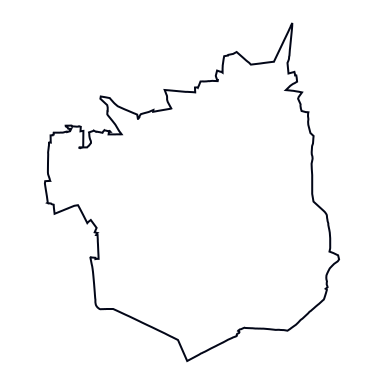 outline of Apaseo el Alto, Guanajuato, Mexico
{"feature_id": "50627088B77789788594664", "entity_name": "Apaseo el Alto", "entity_type": "district", "adm_level": 2, "iso_a3": "MEX", "parent_name": "Mexico", "parent_adm1": "Guanajuato", "projection": "orthographic", "projection_center": [-100.583, 20.433], "detail": "fine", "context": "isolated", "style": "outline", "palette": "ink", "viewbox_px": 384, "rotation_deg": 0, "n_neighbors": 0, "source": "geoboundaries", "source_scale": "gbopen_adm2", "svg_char_len": 5775}
<svg xmlns="http://www.w3.org/2000/svg" viewBox="0 0 384 384"><path d="M51.6,204.1L52.5,204.4L53.7,204.7L53.9,207.8L54.6,213.8L68.6,208.1L74.3,205.8L78.0,205.2L79.4,207.7L83.0,214.6L86.6,221.7L87.3,223.1L87.9,222.4L88.5,221.8L90.8,220.0L96.6,227.9L95.7,229.9L94.7,232.3L97.5,233.0L97.3,233.2L96.7,234.2L96.2,235.0L97.6,235.1L97.6,236.1L97.8,239.6L97.8,241.2L98.0,244.6L98.3,251.7L98.5,255.7L98.6,258.9L96.6,258.9L96.0,259.0L95.4,259.1L95.4,257.8L91.8,257.5L90.8,257.2L90.4,257.6L91.7,264.2L92.2,266.3L92.6,268.9L93.0,272.0L93.4,276.1L94.1,284.0L94.8,292.9L94.9,294.4L95.2,298.2L95.4,299.6L95.4,302.3L95.5,302.9L95.8,304.6L96.1,305.4L96.7,306.4L97.6,307.5L99.0,308.6L99.6,309.0L100.3,309.2L107.3,309.0L113.2,309.0L117.6,311.0L125.3,314.6L129.5,316.5L139.5,321.3L141.7,322.4L148.0,325.4L151.9,327.2L158.5,330.4L164.8,333.4L167.7,334.9L170.3,336.2L171.1,336.6L171.6,336.8L175.0,338.5L178.0,340.0L187.2,361.0L199.2,354.6L201.1,353.4L201.8,353.2L202.9,352.6L205.1,351.6L207.0,350.6L211.1,348.4L216.0,346.0L217.5,345.2L224.3,341.8L228.1,339.7L232.0,338.0L232.9,337.5L235.4,336.6L235.7,336.6L236.2,336.2L236.9,335.7L236.7,335.1L237.0,334.1L237.4,333.7L238.1,333.5L239.1,332.9L239.4,332.4L239.4,331.9L239.1,331.5L238.1,330.9L238.4,330.5L239.0,330.1L239.9,329.4L241.1,329.2L242.8,328.4L244.5,327.7L245.0,327.9L245.9,328.0L253.0,328.3L255.0,328.5L259.2,328.6L263.8,328.7L269.6,329.2L274.1,329.7L275.5,329.9L278.2,329.8L279.0,329.8L280.0,329.9L280.9,330.0L281.4,330.0L283.9,330.1L285.2,330.3L287.5,330.7L290.5,328.7L290.8,328.4L294.0,326.1L295.9,324.8L298.2,322.6L299.4,321.3L300.6,320.0L301.5,319.3L302.4,318.7L308.1,313.4L309.6,311.7L310.6,311.1L311.5,310.3L312.4,309.5L313.7,308.4L315.7,306.6L318.2,304.5L318.4,304.4L319.0,303.9L321.3,301.8L322.8,300.4L323.7,299.7L324.2,298.7L325.2,295.6L326.0,293.0L326.9,289.8L326.7,289.4L325.7,288.8L327.6,287.2L327.3,286.1L326.7,284.4L326.8,282.3L327.0,281.6L326.4,279.2L326.3,277.6L326.4,276.4L326.4,276.0L326.5,275.3L327.3,273.3L328.5,270.8L329.1,269.7L329.7,268.5L330.4,267.7L332.3,265.7L334.2,263.8L337.8,261.3L339.1,259.4L338.1,255.3L337.8,255.2L334.5,253.6L333.5,253.1L329.5,251.6L330.2,248.2L330.2,238.3L329.8,232.7L329.3,229.8L328.8,227.4L328.3,224.9L328.3,223.4L327.6,221.1L327.4,219.5L327.1,218.0L326.9,215.7L326.7,214.8L326.2,213.9L325.0,212.2L323.7,210.9L313.5,201.6L312.2,193.9L312.2,175.1L311.8,169.0L311.6,163.7L312.5,159.3L312.6,158.4L312.4,156.4L311.8,154.4L311.7,152.2L312.1,146.1L313.0,143.5L313.3,139.5L313.3,139.0L313.6,136.0L310.4,133.0L309.3,128.7L308.3,124.8L308.1,121.8L308.4,119.1L308.0,116.1L308.1,113.5L308.4,112.3L306.8,112.1L306.2,112.2L301.6,111.0L300.8,108.3L300.8,107.7L300.6,106.9L300.5,105.8L300.5,104.9L300.6,104.3L298.1,98.8L298.7,97.0L302.0,92.4L298.6,91.7L296.6,91.4L293.2,90.8L291.8,90.7L290.2,90.5L285.9,90.1L289.1,87.0L290.2,85.9L291.7,84.8L293.2,83.8L294.6,83.2L296.0,82.3L297.1,81.7L296.7,77.7L296.3,75.4L295.1,75.4L295.1,74.8L294.4,71.9L293.4,72.2L288.5,73.5L287.5,62.9L288.3,61.0L288.9,59.3L288.9,59.1L289.0,58.8L289.1,57.1L289.2,56.3L289.3,56.2L289.5,55.3L289.5,54.8L289.9,49.4L290.0,48.8L291.9,29.7L292.2,26.1L292.3,23.0L290.9,25.8L291.0,25.9L289.5,29.0L288.7,30.8L287.8,32.7L283.8,41.0L283.3,42.1L273.9,61.8L273.2,61.8L269.2,62.3L264.5,62.9L260.2,63.5L250.9,64.6L250.0,63.7L249.3,62.9L247.2,61.3L246.0,60.3L243.0,57.6L236.6,52.0L233.2,53.9L228.2,54.9L228.1,55.5L224.2,56.2L223.7,58.7L223.5,60.0L222.7,65.7L222.7,66.7L222.6,68.2L222.6,72.7L221.1,71.7L220.6,71.8L220.3,71.7L219.7,71.5L218.0,70.9L217.1,70.6L216.0,75.0L215.8,75.8L215.9,76.3L217.0,79.6L217.9,79.9L217.7,81.1L217.4,81.1L215.0,81.0L212.9,80.9L211.9,80.9L209.3,81.2L208.9,81.1L206.2,81.4L203.3,81.5L203.1,81.4L200.5,81.5L199.1,85.1L197.9,87.8L197.5,87.4L195.0,87.5L195.1,90.9L195.2,91.5L195.2,92.4L193.4,92.2L188.1,91.9L186.0,91.9L168.6,90.3L164.7,90.0L166.3,94.2L166.9,95.6L167.1,96.9L167.1,99.7L167.7,101.8L168.2,102.8L171.3,108.5L170.8,108.7L158.0,110.9L154.9,111.5L153.2,111.8L153.4,110.0L148.7,112.0L144.9,113.0L141.0,114.1L140.2,115.1L139.5,116.3L139.5,117.1L138.3,118.8L137.9,118.8L137.2,114.6L136.7,114.4L134.6,113.5L134.0,113.3L127.7,110.6L126.7,110.2L124.3,109.2L119.2,106.9L117.7,106.2L114.8,103.7L114.0,102.9L113.8,102.7L109.9,98.3L109.8,98.1L105.1,97.2L100.8,96.5L100.4,98.8L107.2,105.1L107.7,107.4L107.7,111.1L107.4,111.1L107.3,114.3L107.8,115.2L112.6,121.1L115.4,124.7L118.3,129.6L118.4,129.8L119.4,131.4L120.8,133.2L121.6,134.3L120.0,134.4L119.7,134.3L114.0,134.4L108.6,134.4L109.0,132.0L110.5,131.9L109.6,130.9L108.9,131.0L108.7,131.3L105.9,130.6L104.5,130.3L104.4,130.2L103.7,131.1L103.2,131.5L102.5,132.8L101.2,132.5L100.9,132.5L99.9,132.2L99.0,132.1L97.6,131.8L96.3,131.6L96.3,131.9L96.2,131.9L92.9,130.1L93.0,130.2L93.1,130.4L93.1,131.0L89.0,132.4L89.3,133.6L89.3,134.8L89.4,136.1L89.7,137.9L90.1,139.3L90.9,141.2L91.0,143.0L89.0,145.6L87.3,147.1L87.1,147.4L85.0,147.4L83.5,147.4L81.7,147.7L80.2,148.2L79.3,147.8L79.4,147.5L79.5,147.3L83.2,147.3L83.4,130.9L81.0,131.2L80.5,131.3L80.8,126.8L79.2,126.3L79.1,126.5L76.9,126.7L74.9,126.5L71.9,126.3L71.8,125.7L71.6,125.6L65.7,125.7L65.8,126.4L67.5,127.4L67.5,127.6L68.0,128.3L68.1,128.2L68.6,128.4L69.5,129.4L69.9,129.2L70.1,129.0L71.3,128.7L70.1,131.2L67.0,132.1L66.8,131.6L66.2,131.7L62.9,132.6L53.9,132.7L53.7,132.7L53.6,133.1L53.8,133.9L53.7,134.1L53.7,134.6L52.6,134.9L52.6,135.3L50.6,135.4L50.7,141.2L50.8,142.6L49.4,142.4L49.0,142.6L49.0,144.2L48.9,146.2L48.8,146.4L48.6,148.3L48.3,150.7L48.1,152.5L48.2,154.3L48.0,163.1L48.0,163.6L47.9,172.3L48.1,174.3L49.6,178.7L50.0,180.5L50.2,180.9L46.3,181.1L45.2,181.2L44.9,183.5L45.3,186.3L46.0,190.7L46.9,196.2L47.4,199.9L47.7,202.1L47.7,202.6L47.3,202.9L47.6,203.0L47.9,203.1L48.1,203.1L48.3,203.4L48.9,203.5L49.5,203.3L50.1,203.4L50.6,203.5L51.0,203.5L51.6,204.1Z" fill="none" stroke="#020617" stroke-width="2"/></svg>